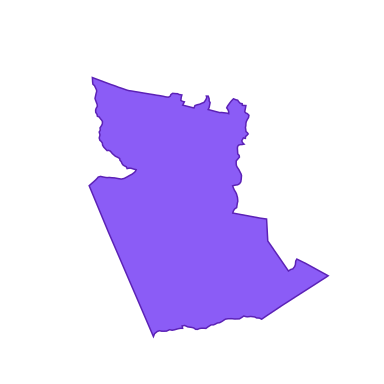 Itapecuru Mirim, Maranhão, Brazil, rotated 67°
{"feature_id": "56859067B11839444489809", "entity_name": "Itapecuru Mirim", "entity_type": "district", "adm_level": 2, "iso_a3": "BRA", "parent_name": "Brazil", "parent_adm1": "Maranhão", "projection": "orthographic", "projection_center": [-44.34, -3.363], "detail": "fine", "context": "isolated", "style": "filled", "palette": "violet", "viewbox_px": 384, "rotation_deg": 67, "n_neighbors": 0, "source": "geoboundaries", "source_scale": "gbopen_adm2", "svg_char_len": 3510}
<svg xmlns="http://www.w3.org/2000/svg" viewBox="0 0 384 384"><g transform="rotate(67 192 192)"><path d="M47.7,239.0L50.0,239.8L51.9,240.5L54.1,241.1L56.0,240.2L60.8,240.0L62.4,240.6L63.6,241.6L67.9,244.7L69.5,244.9L74.4,245.1L76.2,245.7L77.6,247.6L78.9,248.7L81.0,249.5L83.5,249.1L85.3,249.5L86.7,248.1L88.7,247.7L90.6,247.1L92.2,246.9L94.4,248.0L95.7,249.6L97.0,251.6L99.3,252.3L100.5,254.0L103.5,254.4L106.0,256.3L108.4,256.6L109.8,255.9L111.8,255.4L114.0,256.0L116.2,255.7L118.4,254.9L120.7,254.0L121.1,252.5L122.5,251.2L125.6,250.3L129.1,248.6L131.1,246.8L132.9,245.5L134.6,245.9L136.4,245.3L138.3,245.3L140.0,245.0L141.4,244.1L143.2,242.6L145.1,242.6L145.5,240.5L146.2,239.0L147.1,237.9L148.4,236.4L149.6,234.7L150.7,235.8L151.4,237.2L152.2,240.3L152.4,243.2L152.7,245.4L153.0,249.1L152.5,252.0L150.9,254.5L148.8,257.7L147.5,260.3L146.3,262.4L145.6,264.5L144.8,265.9L143.4,268.0L141.9,270.1L141.6,272.5L142.3,273.8L143.2,275.9L144.2,278.7L144.8,280.6L146.0,284.2L196.1,284.6L226.5,284.4L249.6,284.3L264.0,284.2L310.0,284.0L307.8,281.8L306.8,278.4L307.0,276.0L308.1,274.6L308.9,272.9L310.1,269.8L310.0,266.4L311.5,264.3L312.0,261.9L312.3,259.4L312.6,257.5L313.0,255.9L313.8,253.9L311.4,253.4L312.0,250.9L313.3,249.7L314.5,248.6L316.4,245.4L317.7,243.6L319.8,242.3L320.6,240.6L320.6,238.4L321.1,236.5L322.0,234.4L323.0,232.5L322.4,230.0L321.8,226.3L322.7,224.1L322.7,222.2L322.5,219.8L323.1,217.6L322.9,215.3L322.5,213.1L322.1,211.0L322.7,208.5L323.5,206.5L324.3,204.6L325.6,202.3L327.3,197.9L326.9,195.2L326.4,192.8L327.7,191.2L328.5,189.9L329.0,188.3L329.5,186.6L331.5,183.1L333.2,181.7L334.4,179.2L336.3,177.6L334.9,170.7L331.7,153.8L329.0,138.1L322.7,101.2L322.3,99.4L302.6,114.9L294.7,121.7L296.1,123.5L299.2,125.2L300.8,126.7L302.2,129.3L301.9,131.3L302.4,134.1L288.0,137.0L277.4,139.2L275.7,139.5L266.7,141.4L246.0,133.9L242.6,139.6L227.3,162.7L225.7,161.4L224.3,159.5L223.8,157.0L221.7,155.7L219.8,154.5L218.5,153.5L216.8,152.9L214.9,152.3L211.1,151.8L209.3,151.9L206.6,152.3L203.7,152.3L202.2,152.2L202.4,150.4L202.8,148.7L203.2,147.1L202.9,144.9L201.7,143.1L199.3,141.6L196.2,140.0L194.6,139.8L191.7,140.0L190.0,140.1L188.4,140.4L186.8,140.7L185.1,140.8L183.0,140.2L180.6,139.1L179.4,136.6L178.4,134.7L176.7,134.3L174.8,135.0L171.1,133.7L169.4,133.1L168.0,132.3L167.1,130.9L167.2,129.2L167.9,127.3L168.3,125.4L166.2,126.2L164.3,126.2L163.3,124.9L162.3,123.6L163.5,121.9L161.8,121.0L161.4,119.5L160.5,117.6L159.0,117.9L157.5,118.7L155.8,118.2L153.5,117.6L152.1,116.6L149.8,115.5L148.4,114.5L146.7,112.5L145.6,110.9L143.6,109.6L141.4,110.5L140.3,111.6L138.7,112.1L135.8,110.1L133.5,108.6L132.7,110.2L131.9,111.8L130.3,111.3L129.3,112.9L127.3,113.7L125.3,114.1L124.3,115.5L122.4,117.4L123.5,120.1L125.0,122.8L126.0,124.4L126.8,125.7L128.1,127.2L129.9,126.8L132.1,126.8L134.2,127.6L133.2,128.8L130.4,133.6L129.7,135.5L122.4,144.9L120.9,143.2L119.0,141.9L116.8,140.4L114.9,140.6L112.9,139.8L110.1,139.6L109.3,141.3L110.9,141.6L112.2,142.9L113.3,144.5L114.2,146.0L114.1,148.3L114.2,150.4L113.7,153.2L113.6,155.5L115.4,157.3L114.5,158.6L108.4,166.6L106.0,163.8L104.8,165.4L103.3,166.5L102.0,165.7L100.6,164.9L98.7,163.4L97.1,165.9L95.9,166.8L95.1,168.5L93.6,171.3L94.1,173.4L95.3,174.6L95.5,176.7L94.1,179.1L92.7,181.0L90.9,183.7L90.1,185.0L89.3,186.4L87.2,189.6L85.6,192.2L84.2,194.4L81.8,198.2L79.4,201.9L77.7,204.6L75.7,207.7L74.9,209.0L74.1,210.4L72.7,212.2L70.3,214.8L68.5,216.8L66.9,218.7L64.6,221.0L62.7,223.1L61.4,224.6L47.7,239.0Z" fill="#8b5cf6" stroke="#5b21b6" stroke-width="1.5"/></g></svg>